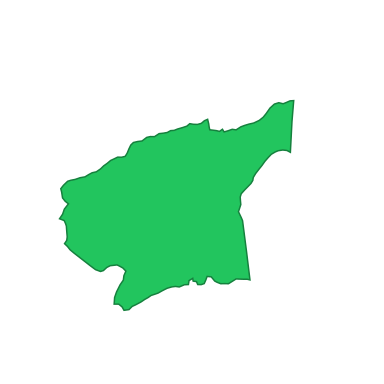 the district of Planalto, São Paulo, Brazil, rotated 221°
{"feature_id": "56859067B8552531389253", "entity_name": "Planalto", "entity_type": "district", "adm_level": 2, "iso_a3": "BRA", "parent_name": "Brazil", "parent_adm1": "São Paulo", "projection": "equal_earth", "projection_center": [-49.934, -21.02], "detail": "fine", "context": "isolated", "style": "filled", "palette": "green", "viewbox_px": 384, "rotation_deg": 221, "n_neighbors": 0, "source": "geoboundaries", "source_scale": "gbopen_adm2", "svg_char_len": 2105}
<svg xmlns="http://www.w3.org/2000/svg" viewBox="0 0 384 384"><g transform="rotate(221 192 192)"><path d="M293.2,108.4L290.3,106.4L285.8,102.6L281.6,101.8L277.5,102.0L277.1,95.3L275.1,90.4L274.4,84.9L269.7,86.6L266.9,85.3L264.5,83.9L261.6,81.0L256.7,76.2L254.8,73.3L254.3,69.4L250.3,69.2L246.1,68.4L240.7,68.5L220.8,69.6L213.9,70.1L208.9,72.0L207.3,74.6L206.8,79.2L205.4,82.7L200.7,87.8L198.1,88.5L194.4,89.3L190.0,88.9L188.5,84.2L186.0,80.4L185.4,74.9L183.4,67.1L181.2,61.6L177.2,56.3L173.7,59.3L169.3,59.4L165.7,58.1L162.4,61.9L162.1,66.4L160.6,69.7L158.4,75.4L157.2,79.9L155.9,83.5L155.0,87.1L153.4,89.8L151.3,93.4L149.7,97.9L147.7,102.9L145.0,107.1L142.5,109.9L139.3,112.0L136.9,117.0L134.0,119.8L136.1,123.2L134.8,127.3L132.7,125.5L129.8,127.3L127.0,125.9L124.3,128.1L122.7,130.9L123.8,134.5L125.2,138.2L121.8,140.6L116.4,139.7L113.9,140.3L110.2,141.6L107.1,144.4L104.3,146.7L101.7,155.3L98.2,158.1L95.7,160.1L93.1,162.4L90.6,163.7L112.1,183.1L135.0,203.5L137.8,204.9L140.6,206.1L144.0,207.6L146.9,214.5L149.8,217.3L152.3,219.8L153.7,223.0L153.6,228.2L153.3,233.3L153.1,237.1L153.7,240.6L155.3,243.2L156.1,247.7L156.4,252.8L156.6,258.0L157.1,262.9L157.1,268.0L156.9,272.5L155.5,276.7L154.1,279.6L151.1,283.2L147.6,285.6L143.8,286.5L162.8,310.8L175.2,327.7L177.8,325.1L179.6,321.3L181.1,318.4L185.1,316.3L187.5,312.4L188.2,306.6L187.5,300.0L187.3,295.3L188.2,290.2L190.7,284.5L193.5,280.7L195.9,276.9L197.9,273.2L199.5,267.8L202.8,265.7L204.8,262.1L207.2,258.4L210.2,259.3L211.0,255.8L213.9,254.3L216.6,252.5L219.4,250.6L221.7,252.3L224.1,254.4L227.9,257.1L229.4,253.9L230.0,249.9L232.2,246.6L235.4,244.0L238.5,242.1L239.1,238.3L241.4,234.4L244.2,230.1L245.9,226.8L248.4,224.3L249.7,220.7L252.3,217.5L255.1,214.5L256.6,209.2L259.8,206.5L262.0,203.5L263.2,197.7L266.1,194.5L268.7,190.9L269.0,187.3L267.9,183.2L266.4,178.8L265.8,175.1L267.9,172.1L271.0,169.5L272.7,165.5L274.1,162.4L274.8,157.9L275.8,153.8L276.2,149.3L277.5,144.4L280.0,141.0L281.4,137.3L282.7,133.2L285.8,129.4L288.4,124.9L291.2,121.3L292.9,118.5L293.4,112.7L293.2,108.4Z" fill="#22c55e" stroke="#15803d" stroke-width="1.5"/></g></svg>